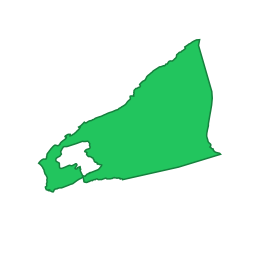 Mondol Seima, Kaôh Kong, Cambodia (Equal Earth projection), rotated 69°
{"feature_id": "14789045B23229264663112", "entity_name": "Mondol Seima", "entity_type": "district", "adm_level": 2, "iso_a3": "KHM", "parent_name": "Cambodia", "parent_adm1": "Kaôh Kong", "projection": "equal_earth", "projection_center": [102.98, 11.754], "detail": "fine", "context": "isolated", "style": "filled", "palette": "green", "viewbox_px": 256, "rotation_deg": 69, "n_neighbors": 0, "source": "geoboundaries", "source_scale": "gbopen_adm2", "svg_char_len": 5927}
<svg xmlns="http://www.w3.org/2000/svg" viewBox="0 0 256 256"><g transform="rotate(69 128 128)"><path d="M158.7,194.2L158.2,191.5L158.2,190.0L157.7,188.3L157.7,187.7L158.2,187.6L161.1,188.1L161.6,188.0L162.2,188.4L162.6,188.3L163.2,187.6L164.0,186.2L164.1,184.7L163.8,184.2L164.1,183.3L163.8,181.5L163.8,181.1L164.3,180.4L164.4,180.0L164.0,179.1L164.0,178.4L164.1,177.8L164.5,177.3L164.5,177.1L164.3,176.4L164.2,175.6L164.4,175.1L165.4,174.4L165.8,173.8L166.1,172.5L166.7,171.2L166.7,168.8L166.8,166.8L167.0,166.5L167.8,166.1L168.0,165.8L168.6,164.2L168.8,163.8L168.8,163.4L169.1,162.9L169.2,161.9L169.5,160.5L169.3,159.8L169.3,158.6L169.8,158.3L170.2,157.2L170.8,156.5L171.1,155.6L171.1,155.0L171.2,154.6L171.7,154.3L171.9,153.6L172.8,153.6L172.9,153.4L172.9,152.8L173.2,152.2L173.3,151.8L173.8,151.4L174.1,151.3L174.3,151.4L182.6,94.9L185.7,51.0L184.5,51.5L182.0,55.0L180.2,56.1L179.7,56.0L179.0,56.4L178.2,56.0L176.9,57.5L175.8,57.6L175.1,58.3L174.4,57.3L173.8,56.9L173.3,56.7L172.8,56.7L172.1,57.0L170.6,57.8L169.4,58.1L167.5,57.8L164.4,57.6L163.3,57.3L161.1,56.3L157.7,54.2L154.8,52.2L152.8,51.4L144.7,46.6L141.6,44.7L136.5,41.7L130.4,38.7L124.0,36.7L76.2,32.6L71.2,29.5L70.3,32.5L70.5,35.6L70.8,37.4L71.4,39.5L71.5,39.9L71.4,40.9L71.9,42.4L72.4,44.6L72.6,45.2L72.6,45.8L72.7,46.0L74.0,45.8L74.3,45.9L74.5,46.5L75.2,48.3L75.5,50.3L76.0,51.3L76.1,51.7L75.8,52.5L75.8,53.1L76.5,54.6L77.0,56.2L77.3,56.5L78.6,57.1L79.4,57.8L79.8,58.4L80.2,59.7L80.9,61.1L81.2,62.1L81.3,62.7L80.5,64.7L80.5,65.8L81.2,67.1L82.1,67.9L82.3,68.3L82.3,68.5L82.0,69.2L81.9,69.6L83.0,71.3L83.0,71.7L82.6,72.5L82.6,73.2L82.6,75.2L82.6,75.5L82.3,76.2L82.3,77.1L82.7,78.8L83.3,81.8L83.8,84.1L84.5,85.4L84.8,86.4L85.0,87.3L85.4,88.1L86.1,90.5L86.9,92.2L87.8,93.0L89.2,94.6L89.6,95.9L89.6,96.9L89.8,97.8L90.1,98.5L90.2,99.0L91.1,100.7L91.3,101.3L91.6,101.6L93.0,101.3L93.3,101.4L93.9,102.2L94.1,102.9L94.0,103.2L93.8,103.8L94.3,105.0L94.3,105.5L93.9,106.2L94.1,106.8L95.0,108.7L95.5,109.1L96.5,109.5L97.0,109.9L97.7,109.9L98.0,110.0L98.5,110.5L99.1,111.0L100.1,111.1L100.3,111.2L99.9,111.9L99.3,113.4L99.1,114.1L99.1,114.6L99.6,114.9L101.4,115.2L102.1,115.8L102.2,116.1L102.6,117.6L103.4,119.2L104.7,121.1L105.3,122.5L105.7,124.2L106.0,126.3L106.4,127.6L106.5,129.2L107.1,130.5L107.2,131.0L107.0,132.8L107.2,137.0L107.0,139.7L107.0,141.8L107.2,144.2L107.2,145.5L107.3,146.4L107.5,148.9L107.3,150.9L107.2,155.0L107.7,156.6L107.7,157.2L107.6,158.1L107.7,158.4L107.9,159.6L107.6,160.9L107.6,162.4L108.2,165.1L108.1,165.6L108.0,165.9L106.9,166.7L107.8,168.5L109.1,171.6L109.4,173.8L109.8,173.7L110.1,173.5L110.2,172.9L110.3,172.6L111.1,173.4L112.0,175.1L112.0,175.4L112.4,176.1L112.4,176.4L113.4,178.3L113.6,179.2L114.1,180.2L114.3,181.9L114.5,182.3L114.7,183.0L114.7,183.8L114.5,185.0L113.9,184.7L113.6,184.2L113.4,184.2L113.3,184.3L113.1,184.3L113.0,184.9L112.7,185.4L112.5,186.2L112.5,187.0L112.8,188.4L113.0,188.8L112.9,189.0L113.0,189.4L113.4,189.9L113.8,189.8L113.9,189.7L114.1,188.9L114.9,189.0L115.2,189.4L115.9,190.7L116.6,193.4L117.4,195.7L118.2,197.0L118.8,197.5L119.0,197.5L119.5,199.8L118.0,201.9L117.8,202.6L118.1,203.7L118.5,204.7L119.9,207.5L120.7,208.6L120.9,209.2L121.6,210.1L123.0,212.5L123.5,213.0L124.9,213.7L125.9,214.5L126.5,214.5L127.6,215.8L127.3,216.6L126.7,218.0L126.7,218.5L126.8,219.6L127.5,221.7L128.0,222.4L128.3,223.3L128.5,223.5L128.5,223.2L129.1,223.8L129.3,223.8L129.8,223.3L130.4,223.1L132.1,222.3L134.5,221.7L135.0,221.8L136.9,221.4L138.2,221.7L141.3,221.9L141.8,221.6L143.0,221.4L145.3,221.2L145.5,221.3L146.0,221.4L147.2,222.3L149.4,222.9L150.0,223.3L150.3,223.7L150.9,224.1L152.7,224.5L153.1,224.8L153.5,226.3L155.0,226.5L155.6,226.3L155.8,226.4L156.3,226.4L157.0,225.5L157.3,224.6L157.3,224.4L157.4,224.1L157.7,224.9L157.9,224.8L157.8,224.3L157.7,224.2L157.9,224.1L158.0,224.3L159.4,222.5L160.4,221.7L160.7,221.0L160.8,220.5L159.6,219.4L159.3,219.0L159.2,218.3L158.9,218.0L158.9,217.6L159.4,216.0L159.3,215.8L159.2,215.3L159.3,213.5L160.1,211.3L160.1,204.0L160.0,202.0L160.2,199.6L158.7,194.2ZM153.9,166.4L155.8,169.7L156.1,170.5L156.2,171.4L156.3,178.7L156.0,179.2L156.0,179.6L156.1,179.8L156.3,179.8L156.3,180.2L156.5,180.4L156.5,180.6L156.4,180.7L156.2,180.5L156.2,180.8L156.4,181.1L156.5,183.1L157.1,184.1L157.3,184.8L157.6,185.1L157.7,185.4L156.7,186.8L156.6,187.4L156.4,187.5L156.0,187.5L150.8,187.9L150.3,187.7L150.1,187.5L150.0,187.2L149.7,187.0L149.4,186.9L148.9,187.4L148.4,187.5L148.2,187.3L147.8,187.3L147.7,187.1L147.9,186.8L147.7,186.7L147.6,186.8L147.1,186.6L146.9,186.6L146.9,186.9L147.3,187.0L147.2,187.6L146.9,187.8L147.0,189.5L147.7,190.1L147.8,190.5L147.6,191.4L147.1,191.8L146.9,191.9L146.6,191.9L146.3,191.6L145.4,190.4L144.5,189.2L144.2,188.9L143.7,188.8L143.0,189.0L142.6,189.7L143.0,192.0L143.1,193.9L142.9,194.5L141.9,195.8L141.8,196.4L141.8,197.1L142.0,200.6L142.0,202.5L142.0,203.8L141.8,204.8L141.6,205.3L141.0,205.9L140.0,206.0L136.5,204.8L136.0,204.8L133.6,206.8L133.3,206.9L132.3,207.0L131.6,206.7L130.6,205.9L130.4,205.2L130.1,204.0L129.9,201.9L129.7,201.4L129.2,200.8L128.6,199.6L128.4,199.5L127.5,199.6L125.6,199.2L125.6,198.9L123.5,196.6L123.1,195.8L122.6,195.3L122.5,194.6L122.6,194.1L122.7,193.8L122.9,193.1L123.4,191.8L123.5,191.1L124.0,181.7L124.1,175.4L124.2,175.0L124.6,174.5L125.0,173.6L125.4,172.4L125.8,170.6L126.2,170.1L126.9,169.8L128.8,169.3L129.3,169.5L130.4,170.2L131.1,170.1L132.3,170.2L132.7,170.4L133.1,170.8L133.4,172.1L133.2,173.8L133.3,174.7L133.4,175.3L133.8,176.2L134.4,176.8L134.9,176.6L135.7,175.5L136.1,175.2L136.4,175.2L136.8,175.5L137.6,176.1L138.5,176.0L140.1,175.4L140.5,175.1L141.2,173.4L141.6,173.0L142.5,172.6L143.2,171.6L143.9,171.5L144.2,171.6L145.3,171.2L146.6,171.4L146.9,171.4L147.3,171.1L148.2,170.9L148.5,170.2L148.9,169.7L149.3,169.6L149.6,169.3L150.0,169.4L150.4,169.6L150.5,169.6L151.0,169.1L151.1,168.3L151.9,167.7L152.4,166.9L152.5,166.5L153.1,165.8L153.3,165.9L153.9,166.4Z" fill="#22c55e" stroke="#15803d" stroke-width="1.5"/></g></svg>